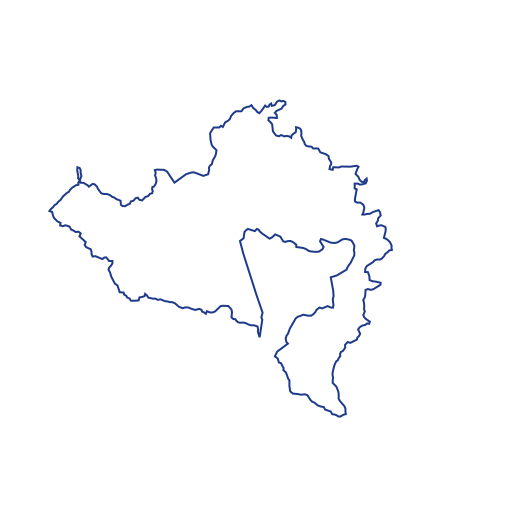 outline of Resende, Rio de Janeiro, Brazil, rotated 232°
{"feature_id": "56859067B32090698644023", "entity_name": "Resende", "entity_type": "district", "adm_level": 2, "iso_a3": "BRA", "parent_name": "Brazil", "parent_adm1": "Rio de Janeiro", "projection": "mercator", "projection_center": [-44.503, -22.442], "detail": "fine", "context": "isolated", "style": "outline", "palette": "blue", "viewbox_px": 512, "rotation_deg": 232, "n_neighbors": 0, "source": "geoboundaries", "source_scale": "gbopen_adm2", "svg_char_len": 6149}
<svg xmlns="http://www.w3.org/2000/svg" viewBox="0 0 512 512"><g transform="rotate(232 256 256)"><path d="M241.3,180.9L242.7,183.3L239.8,185.0L238.1,187.3L237.5,189.8L238.3,197.0L237.1,199.4L233.6,203.4L228.9,203.7L226.5,202.5L222.7,198.9L220.3,199.3L219.1,200.8L217.3,200.6L214.6,201.1L212.8,202.9L211.4,205.0L209.1,206.8L206.8,207.8L204.7,209.2L202.5,211.8L199.5,213.8L196.9,212.6L195.1,210.8L189.7,208.8L202.0,221.8L204.2,222.3L207.3,226.3L225.3,232.5L265.8,247.5L277.7,252.6L277.6,257.1L281.9,261.6L282.4,263.7L282.3,266.3L276.3,270.4L276.8,273.3L275.0,274.3L272.8,274.1L269.9,274.7L261.3,277.4L260.8,279.9L261.2,284.4L256.3,287.1L251.0,286.5L249.2,287.5L248.4,289.7L246.7,292.4L244.2,293.7L240.1,294.7L238.3,293.3L233.5,297.9L231.1,299.5L227.5,300.7L226.0,301.9L222.4,305.7L220.7,308.3L220.4,312.5L221.5,314.8L228.1,315.5L229.4,317.6L228.0,318.8L220.5,323.1L218.8,324.9L217.5,326.5L216.5,328.8L215.9,334.3L214.3,337.2L211.1,339.8L209.4,340.7L206.6,340.5L203.4,339.8L200.0,336.4L197.9,335.5L195.9,333.7L192.5,326.6L190.8,321.1L189.5,319.1L190.9,307.7L193.2,301.8L181.2,295.5L176.7,292.5L174.5,289.8L169.5,286.7L167.9,284.8L169.8,282.9L172.4,281.6L174.0,275.8L176.3,274.3L176.3,270.6L175.3,268.2L174.8,265.6L175.0,262.8L176.7,260.5L180.7,257.0L181.5,253.9L182.4,251.6L182.4,249.0L178.1,238.3L175.0,233.2L174.3,230.8L172.5,228.4L169.5,227.0L167.3,227.2L167.6,213.8L165.3,209.1L161.8,210.0L158.0,208.5L156.3,209.7L150.5,208.7L149.3,207.3L145.7,207.9L139.4,205.8L137.3,205.7L133.2,202.4L128.2,199.6L124.8,200.4L121.7,203.8L119.2,205.8L116.9,209.4L114.7,210.8L109.2,210.3L106.8,210.5L104.6,211.7L100.2,212.7L97.8,214.2L95.2,216.4L92.4,215.9L87.5,219.1L84.4,218.7L82.6,220.4L80.8,221.5L79.0,222.0L77.5,223.7L77.1,227.0L76.1,229.5L78.4,230.7L80.6,232.5L83.1,233.2L90.2,232.9L92.8,233.3L95.5,235.6L98.4,237.4L101.6,238.3L103.7,238.9L108.7,238.3L111.0,240.0L112.6,241.9L114.9,242.9L116.6,244.2L119.9,248.2L121.9,251.0L123.6,254.3L123.5,256.3L124.6,258.3L125.2,260.7L127.1,262.0L128.1,263.8L127.7,265.8L128.3,268.4L129.2,270.2L131.1,271.4L131.5,273.3L131.7,275.4L129.5,276.8L128.0,284.0L129.3,285.6L129.5,287.9L130.6,290.2L135.2,291.2L136.0,293.7L135.8,296.7L134.4,299.7L134.4,302.2L132.9,303.5L134.2,305.3L138.7,303.8L141.2,303.6L143.4,304.2L145.4,307.7L147.7,308.4L149.6,310.3L152.9,312.4L155.3,313.4L156.3,316.0L157.7,317.8L161.8,321.4L161.1,323.8L158.6,325.7L157.6,328.1L156.7,336.4L158.2,337.7L161.7,335.0L164.2,332.4L167.1,330.7L170.3,332.9L174.4,334.3L176.2,332.1L178.6,334.2L179.9,337.0L179.1,344.5L179.6,346.4L178.7,349.4L176.9,351.4L176.5,353.5L177.1,357.1L178.1,359.1L177.9,361.7L178.4,364.3L177.1,366.8L178.9,367.7L180.8,369.3L184.3,370.1L187.7,369.7L189.8,368.9L191.5,367.9L195.6,373.2L197.5,375.0L199.3,375.8L203.0,373.8L204.2,371.7L204.8,369.7L207.7,370.7L208.9,374.0L210.5,375.5L211.2,379.2L213.9,380.6L216.6,380.9L218.6,375.4L219.1,371.8L220.8,369.4L221.9,366.9L223.2,365.4L224.1,367.2L227.2,371.0L230.1,372.1L233.7,371.2L235.9,368.5L237.9,367.6L240.0,369.0L246.5,376.4L248.4,375.3L252.3,378.3L250.5,380.7L248.2,381.9L247.0,384.0L245.7,387.2L247.0,389.7L248.9,390.8L248.8,388.4L247.8,386.6L249.5,384.9L252.4,384.6L255.4,385.4L259.5,385.0L262.1,389.2L263.2,391.7L265.1,390.9L268.4,385.2L274.0,378.3L274.7,375.9L278.4,371.5L276.7,369.5L279.2,367.4L281.3,369.7L282.0,371.7L283.5,372.9L287.6,373.3L290.2,374.7L293.4,373.6L298.1,370.5L302.4,371.2L305.6,367.2L307.8,367.1L310.4,364.5L312.0,363.4L314.4,363.4L316.4,364.3L318.5,364.4L322.9,365.6L324.9,367.5L327.1,368.9L329.0,369.2L331.1,368.3L332.8,366.8L330.8,365.4L329.2,363.7L329.2,358.4L327.5,356.5L330.0,355.7L331.9,353.9L332.9,351.9L335.8,350.3L336.3,347.7L338.6,346.0L341.7,346.0L343.8,346.1L349.8,349.8L352.5,349.8L355.3,349.3L357.1,351.1L355.4,353.6L351.9,357.4L354.4,359.2L357.2,358.9L357.7,361.5L356.4,367.0L357.5,369.9L357.2,372.5L359.3,373.9L361.3,373.1L362.4,371.0L364.1,370.3L364.7,367.7L363.3,363.7L364.6,360.9L366.8,361.8L366.9,359.7L365.9,358.0L367.0,356.2L368.9,355.8L366.9,349.1L366.5,346.5L368.7,345.7L371.3,345.7L374.3,344.9L377.6,345.3L377.9,342.7L379.2,340.3L380.0,337.0L379.0,333.7L382.3,329.4L382.4,326.3L381.7,322.6L380.0,319.7L379.8,317.3L380.3,313.9L378.1,309.3L380.2,308.5L379.9,306.2L383.3,301.7L381.0,295.4L375.2,291.5L371.1,289.6L368.8,289.3L363.7,290.0L360.7,286.8L359.2,284.0L358.1,281.1L355.5,277.6L355.6,275.5L354.6,273.3L352.6,272.1L349.9,268.6L351.6,263.8L359.9,258.8L361.7,256.3L363.5,251.2L364.0,236.9L377.2,237.9L380.5,236.6L385.1,231.1L386.0,229.2L383.3,228.2L381.6,226.0L379.0,225.3L376.2,223.6L374.6,221.3L373.5,218.6L374.1,216.7L372.6,215.2L370.8,214.7L369.4,212.8L370.3,210.7L369.6,208.0L370.6,205.1L369.9,200.4L372.2,198.7L374.8,198.7L375.7,196.6L375.0,193.6L376.0,191.0L374.8,188.6L375.6,186.2L375.8,183.5L377.6,181.5L379.6,181.1L382.9,183.3L387.0,180.9L389.2,180.4L391.1,179.1L394.1,178.3L396.7,176.6L398.6,174.2L400.8,172.6L405.9,172.8L408.9,173.4L412.0,172.9L413.4,171.6L413.5,167.0L415.3,166.9L419.9,165.1L421.8,162.8L424.3,164.0L423.1,160.9L421.5,160.0L422.6,157.6L423.0,153.0L422.6,150.2L421.8,148.2L422.1,146.0L421.8,140.7L420.6,136.8L420.4,133.5L419.8,130.9L420.1,128.6L419.4,126.1L419.2,122.7L418.6,120.9L416.3,122.5L412.7,120.9L410.6,120.3L405.7,120.8L402.4,122.3L400.7,120.5L398.4,122.1L397.6,124.7L394.0,127.2L390.6,126.6L388.3,127.9L385.9,128.7L384.4,131.1L381.7,131.8L380.2,129.0L371.8,130.4L370.2,127.8L367.5,127.6L363.1,129.9L360.5,128.9L358.6,127.5L356.2,126.9L354.7,129.4L348.2,133.0L348.2,135.6L347.0,137.2L342.4,137.2L340.5,139.8L338.6,138.3L337.6,135.8L337.3,133.2L336.1,131.4L333.1,130.9L328.6,129.2L321.1,127.8L318.1,128.7L311.4,126.3L308.6,129.2L306.6,128.3L304.6,129.3L302.7,128.9L300.4,130.1L297.7,130.0L294.6,134.0L293.3,136.2L295.1,138.7L293.9,140.9L293.0,143.4L294.4,145.3L291.8,145.8L289.6,145.5L285.7,148.6L284.3,150.6L282.0,151.5L280.6,154.1L276.4,156.5L274.9,158.1L272.7,159.7L271.3,161.5L268.4,163.1L263.4,164.0L260.0,166.1L259.0,168.7L257.1,171.0L254.6,172.3L250.8,175.0L249.4,178.6L247.2,179.9L245.4,179.3L243.4,180.4L241.3,180.9ZM424.3,164.0L426.5,167.6L429.6,169.1L431.7,170.7L433.9,171.2L435.9,169.9L433.8,168.0L428.5,165.2L426.6,163.6L424.3,164.0Z" fill="none" stroke="#1e3a8a" stroke-width="2"/></g></svg>